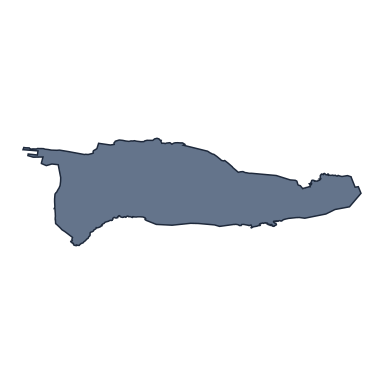 Vadakstes pag., Saldus, Latvia
{"feature_id": "27541924B67343530122833", "entity_name": "Vadakstes pag.", "entity_type": "district", "adm_level": 2, "iso_a3": "LVA", "parent_name": "Latvia", "parent_adm1": "Saldus", "projection": "equal_earth", "projection_center": [22.796, 56.389], "detail": "fine", "context": "isolated", "style": "filled", "palette": "slate", "viewbox_px": 384, "rotation_deg": 0, "n_neighbors": 0, "source": "geoboundaries", "source_scale": "gbopen_adm2", "svg_char_len": 5806}
<svg xmlns="http://www.w3.org/2000/svg" viewBox="0 0 384 384"><path d="M119.2,140.0L115.3,141.2L115.1,141.7L114.2,142.6L114.0,143.1L114.2,144.4L110.4,145.0L98.6,143.3L97.0,148.3L96.9,148.5L96.7,148.8L93.7,150.6L93.3,151.0L93.1,151.8L93.3,153.0L92.9,153.1L92.6,153.4L88.2,154.5L85.4,154.3L85.1,154.4L84.3,154.5L68.0,151.5L59.5,150.1L56.9,150.3L51.3,150.1L48.1,149.5L45.1,149.2L43.4,148.6L37.5,148.5L36.4,149.0L32.9,148.9L31.4,149.1L30.1,148.8L29.2,147.9L26.0,147.8L23.8,147.5L23.0,149.7L38.0,150.9L37.4,155.0L28.2,154.0L27.9,155.6L33.2,157.2L43.0,157.0L41.4,163.0L41.4,163.5L44.9,165.0L46.3,165.6L51.9,164.0L58.2,164.7L60.7,177.6L60.6,181.2L60.1,185.5L59.4,187.1L58.8,188.5L58.3,189.1L56.6,192.2L55.8,192.9L55.8,193.0L55.0,194.1L54.6,198.9L54.6,201.9L54.9,207.0L54.3,208.4L54.8,208.3L54.9,208.5L55.3,213.7L55.3,214.9L55.4,216.0L55.2,218.1L55.2,219.6L55.4,219.6L55.6,223.4L56.1,224.1L56.3,224.1L60.0,227.6L60.9,228.6L61.9,229.7L65.0,231.7L72.5,237.4L72.5,237.5L71.9,239.4L72.3,240.6L70.8,241.3L70.7,241.5L70.8,241.8L72.0,242.5L72.0,242.8L72.9,243.1L73.0,243.2L72.8,243.3L73.0,243.5L73.3,244.0L73.6,244.2L73.7,244.5L73.7,244.9L74.4,245.3L76.2,245.7L76.4,245.6L76.3,245.0L76.6,244.9L77.4,245.3L79.2,245.4L80.0,244.4L80.7,244.0L81.1,243.5L83.0,242.9L84.1,241.6L85.3,240.8L86.8,239.1L88.1,238.3L88.7,236.9L89.9,235.7L90.1,235.1L90.0,234.8L90.1,234.4L90.1,233.1L90.3,232.6L91.2,232.0L92.1,231.8L92.8,231.4L93.4,231.0L93.9,230.0L95.8,228.8L96.2,228.2L96.2,227.6L96.4,227.6L96.6,227.8L96.9,227.9L98.6,227.5L100.5,226.7L100.6,226.3L100.7,226.2L101.8,225.9L101.8,225.7L101.7,225.4L101.8,224.9L102.3,224.9L102.3,224.4L102.5,224.3L102.9,223.9L104.1,223.4L104.7,222.6L105.2,222.2L106.4,221.8L108.3,221.3L110.0,220.4L110.4,220.3L111.3,220.5L112.3,220.2L112.4,219.7L112.8,219.4L112.8,218.5L113.0,218.2L114.1,217.4L114.4,217.4L114.5,217.5L115.2,217.9L116.0,218.0L116.5,218.0L116.8,217.7L117.7,217.7L117.8,217.5L117.6,217.3L117.8,216.6L118.1,216.4L118.5,216.3L118.7,215.8L118.9,215.7L119.6,215.7L120.0,216.2L120.1,216.6L121.2,217.1L122.7,217.4L123.7,217.2L124.0,216.8L124.2,216.7L125.8,217.3L126.0,217.2L125.9,216.9L126.0,216.7L127.6,216.1L128.1,216.2L128.6,216.7L129.1,216.8L129.7,216.6L130.2,216.6L132.3,217.5L132.5,217.4L132.2,217.1L132.6,216.7L133.8,216.7L134.8,217.0L136.1,217.0L136.8,217.0L137.4,216.8L140.4,216.8L143.0,217.0L144.2,217.5L144.8,217.6L145.0,217.8L145.6,218.7L145.0,219.0L145.0,219.4L145.3,219.8L146.5,220.5L156.3,224.4L172.1,225.2L190.6,223.3L198.5,223.5L214.5,224.9L219.6,226.4L234.1,224.4L234.6,224.5L235.7,224.3L237.7,224.6L238.7,225.0L239.3,225.5L241.1,225.5L241.7,224.5L243.7,224.4L248.3,225.3L249.0,225.6L251.0,225.0L251.4,225.9L251.7,226.3L251.6,226.7L251.1,227.7L251.3,227.9L252.4,227.4L253.4,226.8L257.0,226.2L258.0,225.7L260.0,225.5L260.2,225.4L260.3,225.1L259.7,225.0L259.4,224.7L259.4,224.4L259.8,223.9L260.3,223.6L260.9,223.4L261.6,223.4L261.9,223.2L262.7,223.0L263.2,223.3L263.7,223.3L264.1,223.0L265.2,222.8L265.3,223.1L266.0,222.9L266.6,223.0L267.4,223.2L267.4,223.4L267.1,223.4L266.9,223.6L267.0,223.9L267.5,224.0L268.2,224.6L268.3,224.5L268.5,224.2L269.0,224.2L269.1,224.7L270.3,225.4L270.7,225.4L270.9,225.2L270.7,224.6L270.8,224.5L271.2,224.5L271.8,224.6L272.2,225.4L272.1,225.8L272.2,226.0L273.3,226.3L274.0,226.3L274.2,226.2L274.2,225.8L274.3,225.7L275.6,225.4L276.4,224.7L276.2,223.9L275.8,223.5L274.9,223.1L273.7,222.2L273.5,221.8L273.7,221.3L274.2,221.3L274.7,221.1L275.5,221.4L276.2,221.5L276.6,221.4L276.4,221.1L276.3,220.9L277.2,220.8L277.5,221.2L278.0,221.3L278.3,221.2L278.6,220.8L279.5,220.6L280.4,220.9L280.7,220.8L281.1,221.1L281.5,220.8L282.2,220.7L283.3,219.7L285.8,219.0L288.6,218.4L296.2,217.6L299.5,217.5L304.6,218.2L305.4,218.1L325.9,214.0L335.0,209.5L349.5,206.8L361.0,193.3L358.3,186.7L355.1,187.2L351.5,178.1L351.1,176.8L347.5,175.6L342.0,176.5L340.9,176.3L338.8,175.7L338.3,175.4L338.1,175.4L337.7,175.7L337.5,176.0L337.0,176.1L335.9,175.7L335.5,175.3L334.8,175.3L334.2,175.5L333.8,175.4L333.2,175.5L333.0,175.2L332.6,175.1L330.7,175.4L329.5,175.2L329.4,175.1L329.0,175.0L328.9,175.3L328.3,175.4L328.1,175.2L328.1,174.4L328.3,174.1L328.2,174.0L327.8,174.0L327.1,174.7L326.5,174.8L325.9,174.7L324.9,173.7L324.6,173.5L324.1,173.5L323.7,173.7L323.6,174.4L323.4,174.6L323.0,174.5L322.2,174.1L321.7,174.0L321.3,174.3L321.4,174.5L320.6,175.1L320.3,175.5L320.3,177.1L320.2,177.9L320.3,178.1L320.8,178.4L320.8,178.6L320.3,178.9L319.6,179.0L320.2,179.5L319.8,179.8L319.6,180.2L318.2,180.3L318.1,180.6L317.9,180.7L317.8,181.0L317.0,181.2L316.4,181.1L316.0,181.0L315.6,180.9L315.4,181.0L315.1,181.3L314.6,181.2L314.7,180.9L314.4,180.6L313.6,180.3L312.5,180.2L312.0,180.3L311.7,180.6L311.4,181.3L311.5,181.7L311.4,182.0L310.9,182.6L310.8,182.8L311.2,183.5L311.6,183.6L311.6,183.9L311.4,184.2L310.8,184.6L310.6,184.5L310.6,183.7L309.9,183.8L309.4,183.6L309.2,183.7L310.1,184.9L310.7,185.1L310.1,185.6L310.2,186.1L309.6,186.4L309.8,186.7L309.3,186.7L307.0,187.4L306.0,187.5L305.7,187.8L305.2,188.0L304.2,188.0L302.8,188.7L300.3,185.7L298.4,185.1L297.9,184.7L297.2,182.1L296.8,181.1L295.3,180.3L290.2,179.9L276.2,175.5L251.7,173.3L249.3,173.3L246.4,172.7L245.2,172.6L243.0,171.6L242.4,171.6L240.4,171.8L238.3,172.3L232.6,167.4L232.4,166.9L228.2,163.2L224.7,160.5L223.7,160.9L221.4,160.4L221.0,159.9L216.8,156.4L213.8,154.3L213.1,154.2L212.3,154.0L211.5,153.5L210.2,152.9L207.6,151.2L183.3,145.2L184.8,144.3L182.9,143.1L182.4,142.9L180.3,142.9L177.4,142.7L175.1,142.8L173.6,143.2L171.9,144.2L170.1,142.8L169.8,142.7L166.4,143.1L165.1,143.6L164.1,143.2L161.8,143.3L161.3,142.0L160.8,141.2L161.1,140.6L161.2,140.4L159.7,139.9L159.0,138.9L157.0,138.3L154.6,138.9L152.7,140.4L147.0,140.3L144.7,140.9L143.9,141.6L141.0,141.7L136.6,141.2L134.4,140.7L132.9,141.0L131.0,140.9L129.0,141.4L125.7,141.0L122.9,140.4L119.2,140.0Z" fill="#64748b" stroke="#1e293b" stroke-width="1.5"/></svg>